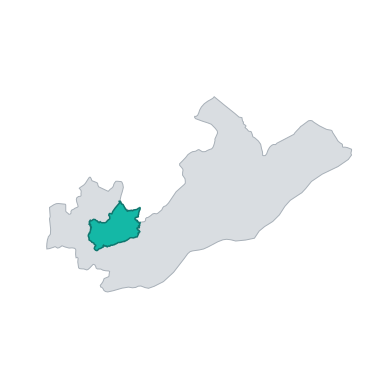 Republic of the Congo, with Lékoumou highlighted, rotated 39°
{"feature_id": "COG-3344", "entity_name": "Lékoumou", "entity_type": "Region", "adm_level": 1, "iso_a3": "COG", "parent_name": "Republic of the Congo", "parent_adm1": "", "projection": "natural_earth1", "projection_center": [13.496, -3.075], "detail": "fine", "context": "in_parent", "style": "filled", "palette": "teal", "viewbox_px": 384, "rotation_deg": 39, "n_neighbors": 0, "source": "natural_earth", "source_scale": "10m", "svg_char_len": 8975}
<svg xmlns="http://www.w3.org/2000/svg" viewBox="0 0 384 384"><g transform="rotate(39 192 192)"><path d="M91.0,293.7L92.6,288.9L93.8,286.6L95.3,285.1L101.1,281.3L102.0,281.5L106.0,286.4L107.3,286.7L108.7,286.6L110.4,286.8L111.2,285.9L111.3,284.6L110.1,283.2L109.9,281.7L110.8,280.0L111.3,278.2L112.5,276.0L112.7,275.0L111.3,273.9L108.6,272.2L106.8,270.6L106.1,269.0L106.6,267.0L108.1,265.4L108.0,264.5L106.7,263.1L105.7,261.5L104.7,260.6L102.0,260.0L102.5,257.9L103.5,254.8L103.7,252.4L103.0,246.3L103.0,245.1L103.8,244.5L105.4,245.2L107.1,246.2L111.5,244.8L113.1,244.6L114.4,245.8L116.2,246.7L126.5,244.2L126.7,241.5L127.3,239.1L127.3,237.4L126.9,236.2L126.4,235.3L126.1,233.6L126.1,231.6L127.1,230.7L130.4,228.5L131.4,228.5L133.7,229.8L135.8,231.7L137.7,235.8L139.1,239.4L141.2,243.6L145.7,245.4L151.0,246.5L153.9,246.2L158.1,242.6L160.4,239.7L161.2,238.2L162.6,239.0L164.1,242.7L165.1,244.2L165.3,245.5L164.6,247.3L165.3,248.4L168.2,249.2L170.7,248.4L171.9,246.9L173.8,244.9L173.8,243.2L172.8,242.1L172.8,240.6L173.8,239.5L174.8,236.3L175.2,233.9L176.2,232.4L178.0,231.4L178.7,230.4L179.8,224.9L179.2,222.8L179.2,221.2L180.4,219.0L180.7,215.5L179.5,201.8L181.3,190.7L181.2,189.3L179.8,187.6L178.2,186.1L174.0,184.8L172.4,182.7L171.2,180.6L170.2,179.9L165.6,179.0L164.6,177.8L165.0,174.3L165.4,169.1L165.3,165.5L166.1,162.6L167.0,160.4L169.1,158.1L170.1,155.4L170.7,154.7L174.6,154.2L176.0,153.1L177.1,152.0L177.6,150.4L178.9,147.9L180.1,146.1L180.2,144.9L180.0,143.3L178.8,140.1L177.4,137.4L176.5,136.5L174.8,130.2L173.3,128.7L170.2,127.9L164.4,127.2L160.9,128.3L155.5,130.4L148.8,132.7L147.2,132.5L146.5,131.5L147.6,130.7L148.1,128.8L147.4,126.1L146.4,123.5L145.8,120.0L146.0,115.6L147.1,111.5L149.2,106.2L149.3,104.0L162.2,104.1L176.1,104.0L181.4,104.2L184.0,102.8L186.4,104.9L187.6,105.4L188.0,105.2L188.9,106.7L192.0,106.5L192.5,106.9L192.7,108.6L195.5,108.6L196.9,109.0L198.0,109.0L199.7,107.9L200.8,108.3L203.0,109.6L204.5,110.8L206.6,110.4L211.5,110.6L215.3,111.7L219.1,114.8L221.6,116.5L223.9,119.1L224.8,118.7L226.0,117.6L226.0,115.4L224.7,111.6L224.2,108.4L224.5,105.7L225.4,103.8L227.1,102.6L227.3,100.6L234.9,83.1L234.7,81.1L234.9,78.0L235.2,74.7L235.2,72.7L235.7,71.3L237.7,63.4L238.8,62.1L240.4,61.1L242.9,61.1L249.3,60.4L255.3,59.1L257.3,58.6L261.1,56.5L262.5,56.4L263.7,57.2L271.0,59.6L273.0,60.5L273.7,60.4L274.8,60.6L276.5,60.6L278.2,60.3L279.2,60.6L280.6,62.2L281.4,62.0L282.6,60.9L284.8,59.7L289.0,58.4L289.7,59.0L291.1,61.9L292.7,62.9L293.0,68.3L289.5,80.2L282.0,96.1L278.2,108.6L278.2,117.8L277.8,123.5L276.6,127.1L273.6,136.6L273.2,144.7L274.3,154.7L273.3,164.1L270.2,173.1L268.8,180.1L269.6,188.6L263.9,195.6L256.8,202.6L252.2,204.7L248.6,207.0L246.1,209.7L243.4,214.4L239.1,224.5L236.9,228.9L234.0,232.6L229.7,237.2L228.1,239.4L227.5,242.6L227.8,248.4L228.2,266.0L226.2,279.6L222.0,289.0L218.8,294.2L215.7,295.8L211.5,297.2L209.5,299.0L208.3,301.6L206.0,303.9L202.5,305.9L198.2,310.7L192.9,318.3L189.4,322.7L187.4,323.8L185.4,323.9L183.4,323.0L181.7,322.9L180.8,323.3L179.4,322.2L179.5,320.5L179.2,317.6L178.2,314.6L180.5,310.3L180.3,309.4L179.2,307.8L178.0,305.6L176.9,305.8L174.5,307.5L172.0,308.8L169.6,309.3L166.8,311.4L165.2,311.4L164.3,310.6L162.4,309.8L161.3,310.1L160.7,310.5L160.3,315.6L159.9,317.8L159.2,318.8L156.3,319.9L154.3,321.4L152.6,322.4L151.5,322.2L147.3,318.3L145.1,315.1L143.8,315.1L143.4,316.1L142.7,315.6L140.6,313.5L138.2,310.2L137.3,309.7L136.0,309.7L133.9,310.9L131.8,312.9L128.0,314.6L124.8,315.6L124.5,316.8L123.8,318.9L122.8,320.2L120.0,320.6L119.0,322.4L116.6,326.0L115.0,327.6L114.5,326.9L113.6,326.1L111.6,323.3L109.6,319.9L109.1,318.3L108.6,317.4L108.5,313.9L105.5,309.8L98.1,302.5L97.3,300.4L91.0,293.7Z" fill="#d9dde1" stroke="#a8b0b8" stroke-width="1"/><path d="M161.4,236.9L161.5,236.9L161.8,237.2L162.2,237.6L162.5,238.2L162.7,238.8L163.0,240.1L163.6,241.6L163.9,242.1L164.4,242.7L164.6,243.0L164.7,243.9L164.9,244.1L165.2,244.3L165.5,244.5L165.8,245.1L165.7,245.3L165.4,245.5L165.0,246.5L164.5,246.8L164.3,247.1L164.2,248.3L164.7,248.9L165.3,249.1L165.9,249.1L166.5,249.0L167.0,248.7L167.5,248.5L167.7,248.8L167.8,249.3L168.0,249.5L169.4,249.1L169.6,249.0L169.9,249.1L170.3,249.3L170.6,249.5L170.8,249.4L171.0,249.2L171.1,248.8L171.4,249.2L171.6,250.1L172.4,250.9L172.5,251.2L172.5,251.3L172.5,251.5L172.4,251.5L172.2,251.6L171.9,251.7L171.7,251.9L171.8,252.1L171.9,252.3L172.3,252.6L172.5,252.7L172.8,252.6L173.2,252.5L173.4,252.7L173.5,252.9L173.4,253.2L173.2,253.3L172.8,253.6L172.5,254.0L172.1,254.3L172.0,254.5L172.2,254.9L172.3,255.1L172.6,255.2L173.0,255.2L173.4,255.3L173.7,255.5L173.9,255.6L174.2,255.5L174.6,255.2L174.9,255.2L175.1,255.2L175.3,255.4L175.5,255.5L175.8,255.5L176.1,255.5L176.4,255.6L176.5,255.8L176.5,256.0L176.4,256.3L176.1,257.0L176.0,257.3L176.0,257.6L176.4,257.3L176.5,257.3L176.6,257.5L176.7,258.0L177.5,260.8L177.6,261.2L177.6,261.5L177.4,261.7L177.2,261.9L176.8,262.1L176.7,262.2L176.5,262.4L176.4,262.6L176.4,263.0L176.3,263.3L176.2,263.4L175.9,263.7L175.7,263.8L175.6,264.1L175.4,264.5L173.4,265.8L172.9,266.3L172.8,266.5L172.7,266.7L172.3,268.6L171.9,269.7L171.8,270.0L171.8,270.4L171.8,270.6L171.7,270.8L171.4,271.0L171.1,271.8L171.0,272.1L170.9,272.2L170.7,272.3L170.6,272.5L170.7,272.9L170.6,273.0L170.2,273.2L170.0,273.3L169.9,273.5L169.6,274.2L169.1,274.5L168.9,274.9L168.7,275.3L168.6,275.5L167.6,276.8L167.3,276.9L166.9,277.3L166.3,277.9L166.2,278.0L166.2,278.3L166.2,278.6L166.0,279.1L165.9,279.4L165.6,280.1L165.4,280.3L165.1,280.6L165.0,280.8L165.1,281.2L165.0,281.4L165.0,281.5L164.9,281.7L164.6,281.9L163.6,283.5L163.1,283.9L162.9,283.9L162.7,284.0L162.4,284.3L162.3,284.6L162.3,284.8L162.4,285.1L162.3,285.3L162.2,285.7L162.1,285.9L162.0,286.0L161.7,286.2L161.5,286.3L161.1,286.6L160.9,286.8L160.8,287.1L160.8,287.3L160.8,287.7L160.7,287.9L160.6,288.0L160.4,288.0L160.1,288.1L159.5,287.9L159.4,287.9L159.2,287.9L158.9,288.0L158.9,288.4L158.8,288.6L158.3,288.9L158.1,289.0L157.8,288.9L157.7,288.9L157.3,288.8L157.0,288.9L156.8,289.0L156.7,289.0L156.8,289.7L156.8,289.8L157.1,289.9L157.3,289.9L157.3,290.0L157.3,290.4L157.3,290.5L157.6,290.7L157.6,290.8L157.5,291.0L157.3,291.4L157.1,291.7L156.8,292.0L156.7,292.2L156.7,292.5L156.7,293.0L156.5,293.4L155.8,294.2L155.6,294.5L155.5,294.8L155.4,295.0L155.5,295.5L155.4,295.8L155.2,296.9L155.1,297.2L155.0,297.4L154.8,297.5L154.5,297.6L154.1,297.8L153.6,297.9L153.4,297.9L152.5,297.7L152.1,297.7L151.9,297.6L151.7,297.5L151.5,297.3L151.4,297.1L150.9,295.6L150.9,295.4L151.0,295.1L151.0,294.9L151.1,294.6L151.0,294.4L150.9,294.2L150.6,294.0L150.4,294.1L150.2,294.1L149.7,294.0L149.1,294.1L148.8,294.1L148.6,294.0L148.0,293.5L147.7,293.5L147.3,293.6L146.1,294.0L145.8,294.1L145.1,293.8L144.9,293.8L144.7,293.8L143.3,293.9L142.8,294.0L142.5,294.1L142.2,294.0L142.0,293.9L141.9,293.7L141.7,293.3L141.6,293.2L141.4,293.2L141.2,293.0L141.1,292.8L141.0,292.6L140.8,292.4L140.2,292.2L139.9,292.0L139.9,291.9L139.5,291.8L138.7,291.0L138.4,290.4L138.4,289.2L138.2,289.0L138.0,288.9L138.2,288.6L138.3,288.5L138.4,287.9L138.1,287.8L137.9,287.5L137.5,286.1L137.4,285.9L137.1,285.6L137.1,285.4L137.0,285.1L137.0,284.9L136.9,284.8L136.5,284.8L136.4,284.7L136.3,284.2L136.4,283.9L136.3,283.6L135.9,283.4L136.2,283.2L135.9,282.6L135.5,282.5L134.4,282.5L133.8,282.2L134.0,281.4L133.4,281.3L133.1,281.3L132.6,281.6L132.2,281.7L132.2,280.5L132.0,280.4L131.8,280.4L131.5,280.4L131.4,280.1L131.4,279.8L131.3,279.5L131.1,279.4L130.8,279.4L130.8,279.1L131.0,278.8L130.7,278.4L130.7,278.0L130.8,278.0L130.9,277.9L131.1,277.8L131.7,277.8L131.8,277.7L132.0,277.6L132.2,277.0L132.5,275.6L132.6,275.4L132.7,275.2L132.8,275.1L133.3,274.9L133.7,274.6L133.8,274.5L134.0,274.4L134.5,274.4L135.3,274.5L135.5,274.5L135.8,274.5L136.2,274.2L136.3,274.2L136.6,274.1L136.8,274.1L137.1,274.2L137.4,274.5L137.5,274.5L138.0,274.3L138.3,274.1L138.5,274.0L138.9,274.2L139.0,274.3L139.3,274.1L139.3,273.1L139.3,272.9L139.6,272.9L140.0,273.0L140.4,272.9L141.0,272.7L141.4,272.6L141.8,272.3L142.0,272.0L142.3,271.7L143.1,271.3L144.0,270.2L144.2,269.8L144.3,269.4L144.3,267.6L144.5,266.2L144.9,265.1L144.9,264.7L144.7,264.2L143.3,262.8L143.1,262.7L142.7,262.7L142.1,262.5L141.9,262.4L141.8,262.2L141.7,262.0L141.6,261.5L141.4,261.1L141.4,260.7L141.6,260.5L142.0,260.3L142.1,260.2L142.5,259.8L142.7,259.7L143.1,259.6L143.4,259.5L143.4,259.3L143.4,259.1L142.9,257.6L142.7,257.1L142.4,252.7L142.5,247.3L142.8,245.9L142.8,245.6L142.7,245.4L142.3,245.3L142.1,245.4L141.9,245.5L141.6,245.5L141.4,245.3L141.2,245.1L141.7,244.5L142.1,244.4L142.7,244.6L144.5,245.5L145.1,245.6L145.3,245.6L145.9,245.2L146.2,245.2L146.4,245.2L151.1,247.2L151.6,247.3L152.1,247.2L152.7,247.3L152.9,247.3L153.2,247.1L153.4,247.2L153.6,247.6L153.8,247.6L154.1,247.4L154.2,247.2L154.3,246.9L154.4,246.6L154.7,246.3L155.6,245.6L155.8,245.3L156.2,244.8L156.4,244.5L156.8,244.3L157.4,244.1L157.7,243.8L157.8,243.6L157.9,242.9L158.1,242.6L160.1,240.3L160.3,239.9L160.4,239.6L160.5,239.0L160.5,238.6L160.8,238.0L161.4,237.1L161.4,236.9Z" fill="#14b8a6" stroke="#0f766e" stroke-width="1.5"/></g></svg>